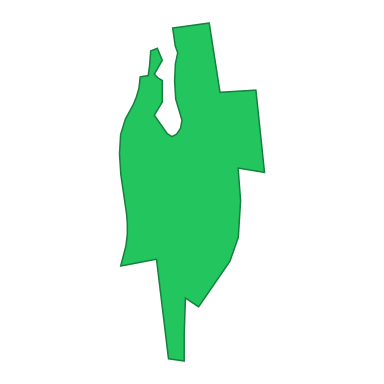 map outline of Nicas (Albers equal-area conic projection)
{"feature_id": "LVA-5717", "entity_name": "Nicas", "entity_type": "Municipality", "adm_level": 1, "iso_a3": "LVA", "parent_name": "Latvia", "parent_adm1": "", "projection": "albers", "projection_center": [21.055, 56.332], "detail": "fine", "context": "isolated", "style": "filled", "palette": "green", "viewbox_px": 384, "rotation_deg": 0, "n_neighbors": 0, "source": "natural_earth", "source_scale": "10m", "svg_char_len": 711}
<svg xmlns="http://www.w3.org/2000/svg" viewBox="0 0 384 384"><path d="M120.7,266.0L125.9,246.0L127.3,234.4L127.3,223.5L126.6,214.3L120.8,174.4L119.5,154.1L120.6,134.6L125.4,119.0L133.0,105.2L136.3,97.3L139.0,88.1L140.2,76.8L148.2,75.6L149.6,65.5L150.7,50.9L157.3,48.3L162.3,60.3L154.3,74.2L158.2,78.1L162.3,80.5L162.3,95.0L162.3,102.0L154.3,115.2L167.2,133.6L171.9,136.6L176.6,134.2L180.5,128.3L182.0,120.3L175.7,99.0L174.6,80.9L175.4,63.7L177.7,52.8L175.2,45.8L172.7,28.0L209.2,23.0L220.0,92.3L255.9,90.1L264.5,172.4L238.1,168.1L240.6,200.6L238.3,237.4L229.9,261.3L198.6,306.8L185.4,298.1L184.2,335.0L184.2,361.0L168.5,358.8L156.5,259.2L120.7,266.0Z" fill="#22c55e" stroke="#15803d" stroke-width="1.5"/></svg>